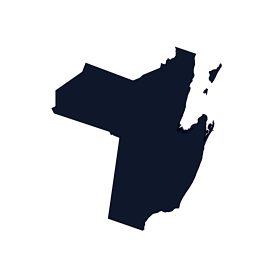 outline of Vilankulo, Inhambane, Mozambique, rotated 19°
{"feature_id": "85939544B70195584825603", "entity_name": "Vilankulo", "entity_type": "district", "adm_level": 2, "iso_a3": "MOZ", "parent_name": "Mozambique", "parent_adm1": "Inhambane", "projection": "natural_earth1", "projection_center": [35.386, -22.299], "detail": "fine", "context": "isolated", "style": "filled", "palette": "ink", "viewbox_px": 256, "rotation_deg": 19, "n_neighbors": 0, "source": "geoboundaries", "source_scale": "gbopen_adm2", "svg_char_len": 5741}
<svg xmlns="http://www.w3.org/2000/svg" viewBox="0 0 256 256"><g transform="rotate(19 128 128)"><path d="M67.1,90.0L48.0,116.2L53.2,131.2L50.2,134.3L53.5,137.5L111.2,136.9L112.3,137.2L113.1,138.0L114.1,139.2L114.3,139.3L115.8,138.1L116.7,139.0L123.7,139.4L139.1,219.5L174.9,219.6L175.7,218.6L175.3,217.9L174.8,216.2L174.9,213.8L174.7,213.2L174.3,212.7L174.2,212.4L174.3,211.3L174.6,210.4L175.2,209.1L175.7,207.2L176.1,205.9L178.8,201.0L179.3,200.4L183.4,197.8L183.8,197.4L184.4,196.4L184.7,196.0L185.9,195.2L186.5,194.5L186.8,194.4L187.7,195.0L188.8,195.1L190.3,195.1L190.6,195.0L192.0,194.0L193.9,193.5L195.9,192.1L196.5,191.4L197.4,189.3L198.3,188.3L199.0,187.8L201.6,186.9L201.4,184.1L201.2,183.6L201.2,183.1L201.2,180.7L201.5,178.4L202.1,174.8L202.5,173.6L203.1,170.6L204.3,166.4L204.1,166.5L204.9,164.2L206.1,158.5L206.8,152.9L206.9,150.7L206.8,149.3L206.9,148.1L207.3,141.1L207.3,137.3L207.5,134.9L207.4,132.4L207.1,131.7L206.6,127.9L206.1,125.9L206.1,122.6L205.6,121.9L205.4,120.9L205.3,119.5L205.5,117.5L205.3,117.1L206.3,108.7L207.4,104.2L207.9,101.2L208.0,98.4L207.6,96.3L207.4,95.7L206.7,94.7L206.7,94.8L207.1,95.6L207.4,96.5L207.4,98.0L207.8,98.9L207.7,99.5L207.4,100.2L207.5,100.7L207.2,101.1L207.2,101.8L207.1,102.0L206.9,102.0L206.9,102.3L207.4,102.5L206.6,102.6L206.4,104.0L206.9,104.3L206.9,104.6L206.8,104.9L206.5,105.0L206.6,105.7L206.5,106.4L206.1,107.5L206.0,107.8L205.5,108.1L205.3,108.9L204.9,109.3L205.2,110.0L204.8,111.0L205.0,111.3L205.0,112.0L204.6,112.2L204.8,113.1L204.8,113.5L204.1,114.6L204.0,113.0L203.7,112.1L203.7,111.4L203.4,110.8L202.8,107.1L201.7,103.9L200.9,101.9L200.4,101.0L200.2,99.3L199.7,97.9L199.3,97.1L199.3,96.2L199.6,95.1L199.7,94.4L198.9,92.3L198.3,91.5L197.3,91.0L196.1,90.8L195.0,90.8L194.8,90.9L194.7,91.1L194.5,92.8L193.9,93.4L193.7,94.3L193.5,94.5L193.1,94.5L192.1,95.8L191.8,96.8L191.8,97.2L192.5,98.6L192.7,99.2L192.9,99.5L192.7,99.9L192.7,100.0L193.0,100.2L193.0,100.7L192.8,100.9L192.5,101.0L192.6,101.3L191.2,102.3L190.1,102.8L189.5,103.3L188.6,104.1L187.9,105.1L187.9,105.6L187.5,106.4L187.8,106.8L188.1,106.9L188.4,107.4L188.6,107.5L188.9,107.4L188.9,107.6L188.6,107.9L188.1,107.7L187.6,107.4L187.4,108.4L187.6,108.8L188.3,109.8L187.5,109.4L187.1,109.6L186.9,109.5L186.9,109.8L186.3,109.9L186.0,109.6L185.9,110.1L185.6,110.2L185.4,110.7L185.2,111.0L185.3,111.2L185.1,111.8L185.2,112.7L185.1,113.4L184.9,113.2L184.8,112.2L184.4,111.4L184.0,111.4L183.7,111.9L183.4,111.5L183.2,111.4L183.0,111.5L183.2,112.2L182.9,112.0L182.6,112.4L182.4,113.2L182.1,112.9L181.9,113.9L181.5,114.5L181.2,114.7L181.3,112.9L181.1,112.7L181.3,112.6L181.2,112.2L180.7,112.2L180.5,111.9L180.3,111.7L180.2,111.4L179.8,111.6L179.5,111.3L179.3,111.3L179.0,111.5L178.8,112.1L177.9,112.2L177.8,111.9L178.0,111.1L178.8,110.7L179.0,110.2L178.9,110.0L178.4,110.6L177.7,111.0L177.3,111.7L177.2,111.9L177.4,112.2L177.2,112.6L177.3,112.8L177.5,112.9L177.8,112.8L178.0,113.0L177.8,113.4L177.8,114.2L177.7,114.3L177.4,114.5L177.3,114.1L176.9,114.3L176.7,114.6L176.4,114.4L176.6,114.1L176.2,114.1L175.9,114.0L175.6,114.3L175.5,114.2L175.9,113.3L176.3,113.1L176.0,112.9L176.0,112.5L175.7,112.3L175.9,112.0L175.9,111.6L175.7,111.4L175.1,111.3L175.2,110.5L175.4,110.8L175.7,110.4L175.9,109.5L175.7,109.0L175.7,108.8L175.9,108.7L175.6,108.6L175.6,108.3L175.7,108.2L175.4,108.2L175.1,107.5L174.5,107.5L174.4,107.4L174.6,106.3L174.6,104.3L174.8,103.2L174.9,101.7L174.9,100.2L175.0,100.1L174.9,99.9L175.1,99.5L175.0,99.4L175.1,99.0L175.1,98.8L175.3,98.3L175.1,98.1L174.9,97.0L175.2,96.0L175.1,94.1L175.3,93.1L175.1,92.0L175.1,89.4L174.9,88.6L174.3,87.1L174.2,86.0L173.9,84.9L173.8,82.6L173.7,82.1L173.6,81.7L173.7,80.8L173.6,80.1L173.6,79.9L173.4,78.8L173.3,77.9L173.4,75.5L173.7,73.6L173.7,72.1L173.5,70.1L173.4,70.0L173.2,70.3L173.0,70.2L172.6,69.9L171.9,68.7L171.8,67.6L171.8,66.3L171.9,65.6L173.0,62.6L172.9,62.2L172.5,62.2L172.3,61.4L172.4,60.3L173.0,58.6L172.9,58.1L173.1,57.4L172.9,56.6L171.3,54.3L171.0,53.1L170.5,52.1L170.0,48.3L170.1,46.5L169.9,46.1L169.7,45.4L169.3,45.0L168.7,42.9L168.3,42.5L168.2,41.8L168.0,41.7L167.7,41.0L167.6,40.3L167.5,39.8L167.4,39.7L167.3,38.8L167.6,36.4L147.4,36.5L148.1,37.2L148.3,37.5L148.6,39.4L149.3,41.1L149.8,41.7L149.8,42.0L149.7,42.5L150.2,43.5L150.2,44.7L149.9,45.0L149.9,45.6L149.7,46.2L148.5,47.7L148.2,48.0L147.6,48.2L147.2,48.7L146.9,49.0L146.8,49.7L146.5,50.0L145.8,50.3L145.0,50.4L144.6,50.3L144.0,49.8L143.7,49.7L143.5,49.8L143.5,50.2L143.6,50.9L143.4,51.2L143.0,51.5L142.9,51.9L143.4,54.2L143.3,54.9L143.5,55.8L142.6,56.2L142.4,56.5L140.6,56.7L139.0,56.6L139.2,57.3L139.5,60.9L125.4,73.4L123.3,77.2L117.6,82.2L67.4,80.8L67.1,90.0ZM195.8,39.0L195.2,37.9L194.8,37.6L194.7,37.6L194.6,38.2L194.8,38.4L194.8,38.7L194.4,39.7L194.4,41.2L194.2,41.4L193.9,41.5L193.5,42.0L193.3,42.2L193.3,42.6L193.2,43.7L193.5,44.8L192.1,44.6L191.5,44.7L191.3,44.8L191.1,45.2L190.2,45.5L189.6,45.9L188.1,47.8L187.9,48.0L187.1,48.1L187.1,48.3L187.1,49.0L188.4,50.2L188.8,51.2L189.0,52.7L188.7,53.7L188.7,54.1L189.3,55.4L189.6,55.8L190.2,56.0L190.9,56.3L191.5,56.4L191.9,56.7L192.1,57.4L192.3,57.4L192.5,57.0L192.6,56.2L193.0,55.0L193.6,51.2L193.7,49.1L194.3,45.1L194.9,42.9L195.2,41.1L195.8,39.8L195.8,39.0ZM205.4,98.3L205.0,97.7L204.8,97.5L204.5,97.7L204.4,98.0L204.0,98.2L203.8,98.7L203.7,100.1L204.0,101.9L204.7,102.1L205.3,102.6L205.5,102.7L205.3,101.7L205.5,100.7L205.7,100.2L205.5,99.2L205.9,98.7L206.0,98.3L205.9,98.2L205.6,98.3L205.4,98.3ZM189.9,66.0L189.7,65.8L189.1,67.0L188.5,67.8L188.4,69.2L188.2,69.6L188.3,69.7L188.7,69.7L189.2,69.0L189.8,68.5L190.8,69.5L190.4,67.2L190.4,66.0L189.9,66.0ZM204.1,107.0L204.4,106.7L204.6,106.5L204.7,105.5L204.5,104.8L204.2,104.6L203.8,104.9L203.6,105.6L203.6,106.6L203.8,107.0L204.1,107.0Z" fill="#0f172a" stroke="#020617" stroke-width="1.5"/></g></svg>